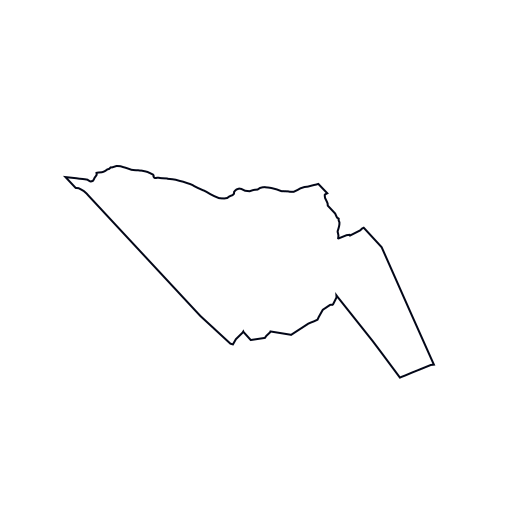 the district of Monjas, Oaxaca, Mexico, rotated 293°
{"feature_id": "50627088B56439767998561", "entity_name": "Monjas", "entity_type": "district", "adm_level": 2, "iso_a3": "MEX", "parent_name": "Mexico", "parent_adm1": "Oaxaca", "projection": "robinson", "projection_center": [-96.624, 16.374], "detail": "fine", "context": "isolated", "style": "outline", "palette": "ink", "viewbox_px": 512, "rotation_deg": 293, "n_neighbors": 0, "source": "geoboundaries", "source_scale": "gbopen_adm2", "svg_char_len": 2682}
<svg xmlns="http://www.w3.org/2000/svg" viewBox="0 0 512 512"><g transform="rotate(293 256 256)"><path d="M225.5,462.2L230.6,456.7L266.5,418.1L313.2,368.2L323.9,344.6L324.1,344.1L322.7,342.9L320.3,341.9L315.9,338.2L311.5,334.5L311.7,333.7L311.9,333.6L310.6,331.3L304.4,325.1L304.4,324.7L306.8,324.0L307.5,323.6L309.1,322.5L310.1,321.7L311.2,321.4L312.6,321.3L315.6,320.9L316.9,320.6L318.0,320.3L319.2,319.8L319.7,319.6L320.1,319.1L320.4,318.8L321.4,318.0L322.7,317.5L322.8,316.8L322.9,316.4L323.0,315.6L324.4,314.0L326.0,312.3L330.4,302.4L331.7,301.7L332.3,301.4L333.6,300.1L336.4,296.9L337.7,296.1L339.1,295.4L339.8,295.6L341.6,297.1L344.5,290.3L346.7,285.2L345.2,283.4L344.2,281.9L342.6,279.8L340.1,276.6L339.2,275.0L338.4,273.6L335.6,270.4L333.2,268.6L329.8,265.6L328.3,261.9L328.1,260.5L327.0,257.6L325.6,254.0L325.4,249.1L324.7,244.3L324.4,242.8L323.8,240.5L323.0,238.1L322.9,237.3L321.8,235.2L320.2,233.1L317.8,231.5L317.0,230.0L316.3,228.7L315.3,227.3L313.1,224.8L311.8,220.4L312.0,216.3L311.5,214.2L310.6,213.1L310.4,213.0L309.7,212.1L307.9,211.2L306.5,210.8L304.7,211.4L303.2,210.8L302.5,210.3L301.8,209.5L300.4,208.2L299.8,207.8L298.2,206.9L296.6,204.4L295.6,201.8L294.8,199.2L294.8,195.5L294.8,194.0L295.1,189.7L295.7,185.3L295.9,182.4L295.8,181.5L295.9,177.8L295.9,176.1L296.2,171.7L296.5,169.9L296.5,167.3L296.2,164.1L295.9,159.8L295.3,156.4L294.8,152.2L294.0,149.1L293.1,146.2L292.6,144.7L292.6,143.8L291.7,141.4L290.5,138.0L289.9,135.5L289.4,134.3L288.8,133.7L288.3,132.5L288.4,131.6L289.1,130.6L290.2,130.2L290.7,129.3L290.8,127.4L290.9,125.8L290.9,124.5L291.0,123.3L290.8,122.3L290.7,121.4L290.3,119.4L289.9,117.3L289.2,115.5L288.9,114.1L287.8,111.4L286.7,107.7L286.6,105.9L286.4,102.9L286.2,100.8L285.9,98.8L285.8,97.3L285.6,95.9L284.4,92.5L283.8,91.8L281.4,89.0L280.8,87.6L278.8,86.8L277.6,85.3L275.6,84.1L274.5,83.2L273.5,82.2L272.7,81.1L271.2,78.2L270.2,76.7L268.5,77.6L266.7,77.3L265.2,76.9L263.1,76.8L261.9,76.6L261.1,76.3L260.7,75.5L260.1,75.0L259.9,74.3L260.0,73.3L260.1,72.5L260.2,71.8L260.4,71.1L260.1,69.8L259.8,68.6L259.0,65.8L258.1,63.1L257.4,60.3L254.2,49.8L248.2,63.4L249.1,66.2L248.9,68.8L248.5,72.1L247.3,75.7L246.2,78.0L235.1,102.8L179.1,228.1L165.3,266.7L165.6,269.3L171.6,270.0L180.2,273.6L181.5,273.8L181.2,274.1L176.6,284.0L184.1,296.2L186.5,296.7L191.3,298.8L192.2,298.8L197.0,318.4L197.1,319.1L214.2,330.6L216.5,332.8L218.4,334.8L221.4,337.5L224.5,337.6L232.6,338.5L239.8,343.2L240.1,343.5L240.6,344.5L240.9,345.4L241.6,345.8L244.4,346.0L249.4,346.3L250.8,345.6L251.2,345.4L250.3,346.9L223.3,396.6L214.9,411.1L200.3,436.0L201.4,437.0L204.2,439.9L209.7,445.2L224.0,459.5L225.5,462.2Z" fill="none" stroke="#020617" stroke-width="2"/></g></svg>